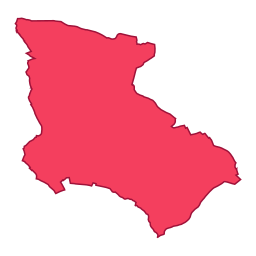 the district of Zau De Campie, Mures, Romania
{"feature_id": "2599482B76504610301788", "entity_name": "Zau De Campie", "entity_type": "district", "adm_level": 2, "iso_a3": "ROU", "parent_name": "Romania", "parent_adm1": "Mures", "projection": "robinson", "projection_center": [24.155, 46.61], "detail": "fine", "context": "isolated", "style": "filled", "palette": "rose", "viewbox_px": 256, "rotation_deg": 0, "n_neighbors": 0, "source": "geoboundaries", "source_scale": "gbopen_adm2", "svg_char_len": 5693}
<svg xmlns="http://www.w3.org/2000/svg" viewBox="0 0 256 256"><path d="M157.3,237.7L157.8,237.2L160.4,235.4L163.6,234.4L164.1,234.1L164.2,233.7L164.3,232.0L164.5,231.3L164.7,230.9L165.1,230.2L165.7,229.5L166.1,229.1L166.6,228.7L168.8,227.9L170.2,227.6L171.9,227.0L173.4,226.2L177.4,225.5L179.0,224.9L180.5,224.5L181.4,224.3L182.8,223.5L185.0,222.4L186.5,221.3L188.5,219.5L189.1,218.8L190.2,216.9L190.8,214.7L191.2,213.8L191.7,212.7L192.3,212.0L194.1,210.1L195.1,209.1L197.3,207.5L197.7,207.3L198.1,206.9L199.0,205.7L199.5,204.9L200.6,202.3L202.7,199.7L204.0,198.3L205.5,196.3L209.6,191.7L212.6,188.8L213.9,187.8L217.8,185.9L221.7,183.6L223.5,182.2L223.9,181.8L224.6,181.6L224.9,181.6L227.5,182.1L232.2,183.6L234.8,184.2L240.6,179.5L236.0,175.1L238.1,174.1L237.7,173.4L237.4,172.4L236.7,169.9L236.7,169.2L236.5,169.5L235.2,167.6L235.0,167.0L235.0,166.0L235.1,164.6L235.9,162.8L235.5,162.4L234.7,161.3L233.5,159.0L232.9,157.7L230.6,154.3L228.7,152.1L227.7,151.3L227.0,150.8L222.8,148.7L221.7,148.1L219.5,147.3L215.8,146.4L214.0,145.7L213.6,145.4L213.4,145.0L211.8,140.9L211.4,140.0L210.3,138.7L209.6,137.6L208.7,138.1L206.3,135.2L205.6,134.2L205.1,133.6L204.8,133.4L203.6,133.9L202.9,134.4L202.6,134.3L201.1,133.1L200.1,132.1L198.6,132.6L196.8,133.4L194.6,134.0L190.7,134.8L187.1,127.5L185.6,128.2L184.4,125.4L180.6,126.1L179.3,126.5L178.9,126.7L178.0,127.0L176.4,127.3L174.0,127.9L173.5,127.8L172.5,127.3L171.4,126.4L174.0,124.3L174.9,122.9L175.1,122.4L175.3,121.6L175.3,120.9L175.3,119.4L175.3,118.7L175.5,118.5L174.2,117.6L171.6,115.4L170.5,114.5L170.0,114.1L166.2,112.5L161.8,110.1L160.9,109.6L159.4,108.3L158.1,107.3L157.0,106.0L155.4,103.2L154.1,101.7L152.8,100.4L151.8,99.9L150.7,99.5L149.7,99.0L148.5,98.3L143.8,96.8L143.7,96.6L142.8,96.0L139.5,94.9L138.4,94.2L137.1,93.7L136.5,93.0L136.1,92.6L135.3,91.3L134.5,90.2L134.2,89.6L134.3,89.4L134.2,89.0L134.3,88.0L134.2,87.1L134.2,86.4L133.9,85.9L133.8,85.5L133.2,85.0L133.2,85.4L131.9,84.7L133.6,78.7L134.6,74.8L135.4,71.6L136.4,68.1L137.7,67.5L138.7,67.2L139.5,66.8L140.1,66.7L140.8,66.4L143.1,64.6L143.7,63.0L144.3,62.3L146.2,61.3L147.7,60.4L150.0,58.8L150.9,58.3L154.3,55.9L154.3,54.5L154.9,52.1L154.9,51.3L155.0,48.5L154.6,44.5L150.7,43.5L147.5,42.5L146.4,43.2L145.6,43.7L145.1,43.9L144.7,43.9L143.5,43.5L143.1,43.6L142.3,43.8L141.6,44.3L140.6,44.7L139.2,44.2L138.3,44.1L137.0,44.2L137.0,43.7L136.5,41.5L136.7,41.1L136.9,40.5L136.8,39.6L136.2,37.0L131.0,36.2L120.7,33.7L119.6,33.7L119.0,33.8L118.0,34.4L117.3,35.1L116.2,37.4L115.5,38.2L115.2,38.5L114.3,38.8L112.6,39.1L111.7,39.0L111.2,38.9L109.1,38.0L108.4,37.8L106.5,37.9L106.4,37.7L103.9,36.1L101.9,34.9L98.7,33.3L95.3,31.9L87.0,29.8L85.9,29.8L81.5,28.7L80.2,28.2L77.3,26.8L76.1,26.5L74.5,26.2L68.3,25.6L67.6,25.4L64.8,24.0L61.0,21.6L55.6,21.1L54.3,20.8L53.8,20.7L31.5,20.9L30.8,20.6L29.7,20.1L27.6,19.7L26.4,19.7L23.8,18.8L21.7,18.3L19.3,18.6L17.6,18.6L16.6,21.7L16.4,22.1L15.4,23.7L16.3,24.5L16.7,25.1L16.6,26.5L16.1,27.6L16.0,28.2L16.2,28.9L16.8,29.7L17.0,30.0L17.1,30.4L16.3,30.4L16.3,30.9L16.6,31.1L16.6,31.5L17.1,31.5L17.0,32.5L17.8,32.5L19.5,34.2L19.3,34.3L20.3,35.6L21.5,37.1L23.2,38.9L23.3,39.1L23.4,39.8L24.5,40.9L24.2,41.2L24.9,42.2L26.4,43.9L27.4,45.3L28.0,46.8L31.2,51.4L26.4,53.3L29.0,54.9L29.4,55.2L30.3,56.2L33.4,57.7L34.7,58.5L33.0,58.8L32.1,59.1L28.0,60.9L28.2,61.2L28.3,61.7L27.7,62.8L27.7,63.3L27.8,63.8L28.6,65.7L28.8,66.6L28.9,67.5L28.8,68.0L28.5,68.6L27.8,69.4L26.7,71.2L26.0,72.0L26.7,73.8L27.0,74.6L27.6,75.1L28.7,75.9L29.2,76.6L29.7,78.3L29.5,80.2L29.6,81.6L30.0,84.1L30.4,85.6L31.1,87.3L31.1,87.7L30.9,87.9L31.4,88.0L31.8,88.6L31.8,89.2L31.8,89.5L31.3,90.0L30.9,90.8L30.8,91.2L29.7,93.9L29.4,95.4L29.1,96.1L28.6,96.7L28.5,97.5L28.5,97.9L29.5,100.6L30.6,102.4L31.6,104.0L30.8,104.6L32.5,107.1L33.8,110.0L34.8,112.6L34.9,113.4L35.4,114.5L37.1,118.2L38.4,120.5L39.5,122.6L41.5,125.8L41.8,127.1L41.9,129.6L41.8,130.5L41.5,133.3L41.1,134.1L40.3,135.0L39.7,135.3L38.4,135.9L37.8,135.8L36.5,135.6L36.3,137.2L35.6,137.2L35.3,137.3L33.3,139.6L32.3,140.2L29.6,141.6L27.7,143.6L26.1,145.3L25.3,145.8L24.3,146.3L24.1,148.0L23.8,148.5L23.5,148.7L23.2,148.8L24.2,151.2L25.0,154.8L24.4,155.7L23.7,157.2L22.4,160.7L24.7,161.6L24.7,161.8L25.6,162.8L27.5,164.4L28.0,164.8L30.2,167.4L29.4,168.1L31.9,170.5L32.3,170.2L35.1,173.0L36.0,174.1L36.5,175.2L36.6,176.6L36.5,177.6L36.3,178.8L37.7,179.1L38.9,179.5L40.7,180.6L44.4,182.3L45.9,183.2L48.2,184.5L49.6,186.7L51.8,188.6L53.0,189.6L54.0,190.5L54.2,190.8L55.0,192.3L55.8,193.5L60.0,191.5L62.9,190.4L64.7,189.9L64.5,189.1L62.2,184.8L61.4,183.4L60.5,182.1L61.8,181.1L62.5,180.1L63.0,179.9L63.3,180.4L65.0,179.2L66.4,177.8L69.2,177.6L70.4,183.3L74.2,183.6L75.8,183.9L86.4,184.8L89.3,185.3L91.6,185.9L93.1,182.9L96.0,183.7L95.9,185.2L103.5,186.8L106.2,187.4L110.0,188.6L112.4,191.8L113.7,192.2L114.8,192.2L115.1,192.0L116.8,193.3L117.7,194.1L118.7,195.1L119.3,195.9L120.1,196.5L121.2,197.1L122.1,197.3L122.8,197.7L124.3,198.9L125.1,199.1L127.3,198.5L128.1,198.5L128.6,198.6L130.1,199.3L131.0,199.3L131.7,199.5L132.1,199.8L133.2,200.7L134.2,201.0L134.5,201.2L135.6,202.2L136.0,202.4L135.6,203.8L135.7,204.3L135.7,204.5L135.2,205.2L135.2,205.3L135.3,205.5L135.6,205.7L136.2,205.5L137.0,205.7L137.3,206.0L137.9,206.8L138.4,207.1L140.8,208.2L141.2,208.8L143.3,210.4L144.1,210.9L144.4,211.4L144.9,211.9L145.7,213.0L146.2,213.8L147.9,214.5L148.0,214.7L148.2,215.1L148.5,215.9L148.6,216.7L148.5,218.1L148.3,219.3L148.3,219.6L148.8,221.2L149.2,221.8L150.1,222.5L150.3,224.6L150.4,225.4L150.7,226.0L150.9,226.5L151.4,227.2L151.6,227.5L153.3,229.4L153.7,230.2L154.3,231.4L154.6,231.7L155.7,232.3L156.2,232.6L156.5,232.9L157.7,234.4L157.8,234.8L157.9,235.7L157.7,236.5L157.3,237.7Z" fill="#f43f5e" stroke="#9f1239" stroke-width="1.5"/></svg>